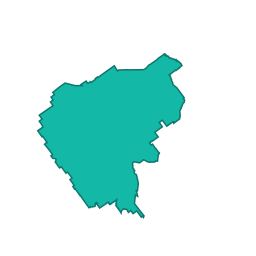 Quilpie, Queensland, Australia (Robinson projection), rotated 138°
{"feature_id": "25037944B55337411871300", "entity_name": "Quilpie", "entity_type": "district", "adm_level": 2, "iso_a3": "AUS", "parent_name": "Australia", "parent_adm1": "Queensland", "projection": "robinson", "projection_center": [143.431, -26.15], "detail": "fine", "context": "isolated", "style": "filled", "palette": "teal", "viewbox_px": 256, "rotation_deg": 138, "n_neighbors": 0, "source": "geoboundaries", "source_scale": "gbopen_adm2", "svg_char_len": 5110}
<svg xmlns="http://www.w3.org/2000/svg" viewBox="0 0 256 256"><g transform="rotate(138 128 128)"><path d="M51.0,158.5L58.5,159.5L61.0,159.4L69.6,160.5L70.0,160.8L74.4,160.4L77.1,160.7L88.9,171.0L89.0,171.3L92.4,174.2L96.1,177.3L97.5,177.4L97.3,179.6L96.5,183.4L109.3,184.9L116.5,185.6L116.4,186.3L119.3,186.6L119.6,185.9L125.0,186.6L124.9,187.6L128.0,188.0L127.7,190.9L133.9,191.8L133.8,190.3L138.9,194.8L144.7,203.5L151.5,204.3L160.1,204.8L160.4,202.0L164.5,202.5L164.6,202.3L164.6,202.1L165.0,198.9L168.2,199.3L168.6,196.4L168.6,196.1L168.8,194.8L180.5,196.3L181.0,196.2L181.2,196.4L185.4,196.9L185.8,193.6L186.0,192.1L189.4,192.5L189.8,188.9L190.5,185.6L196.9,186.4L197.8,179.0L197.0,178.9L197.5,173.9L197.6,173.6L197.8,171.4L198.9,171.5L199.3,171.8L199.7,171.6L200.9,171.8L201.0,169.4L201.2,166.2L201.2,165.8L201.2,165.6L201.9,158.7L203.9,158.9L204.0,158.0L204.1,157.9L204.0,157.6L204.2,156.4L204.3,156.2L204.0,155.3L203.4,155.1L202.7,154.1L202.5,153.5L202.5,153.1L202.4,152.9L203.8,151.8L204.8,151.5L205.6,144.1L203.5,143.8L204.4,135.9L204.1,135.9L203.9,135.9L202.4,135.8L203.1,128.2L205.6,128.5L206.4,121.3L208.1,121.5L208.6,118.3L207.9,118.2L208.9,109.7L208.6,109.7L209.2,105.4L210.2,95.9L210.3,95.3L210.4,95.2L210.4,94.9L209.8,94.7L209.5,94.3L208.8,94.2L208.0,94.5L207.5,93.3L205.9,92.4L205.7,92.2L204.4,92.0L204.0,92.7L203.1,92.9L202.8,93.9L201.1,93.6L201.2,92.2L202.0,92.3L202.6,87.5L195.5,86.5L195.1,86.3L194.4,86.5L192.4,86.2L192.6,85.8L192.6,85.6L192.8,85.2L192.8,84.7L192.2,84.2L192.7,83.9L192.8,83.7L192.8,83.3L191.6,83.1L191.1,83.1L190.9,82.9L190.8,83.0L190.3,82.9L190.1,83.0L189.4,82.9L189.2,82.9L189.0,83.0L188.6,82.6L187.9,82.6L187.7,82.5L187.2,82.5L186.9,82.4L186.8,82.5L185.6,82.4L185.0,82.2L184.9,82.4L184.4,82.4L187.1,80.1L187.5,79.9L187.5,79.2L187.8,79.0L188.3,78.9L188.4,78.7L188.8,78.7L189.2,75.6L189.2,75.2L189.3,74.3L189.2,74.3L189.3,74.1L189.5,72.3L190.0,69.5L189.9,69.6L189.8,69.8L189.5,69.9L189.1,70.2L188.7,70.5L188.4,70.8L187.6,70.9L186.4,70.8L186.0,71.1L185.7,71.1L185.4,70.6L185.3,70.4L185.1,70.2L184.7,70.2L184.1,69.1L183.5,68.7L183.4,68.4L183.9,66.4L184.0,65.9L183.8,65.4L184.1,65.0L181.2,64.7L181.6,61.0L177.0,60.5L177.8,52.9L176.2,52.7L176.4,51.2L174.9,51.9L173.8,67.5L167.4,73.2L166.5,70.8L163.8,75.9L163.0,75.0L157.4,79.9L156.1,82.2L155.7,82.7L153.1,87.5L153.0,88.1L153.3,88.4L153.6,89.3L153.3,90.2L152.8,91.3L151.5,91.8L151.5,92.1L151.7,92.9L151.5,93.4L151.1,93.6L151.2,94.8L150.9,95.1L150.8,95.3L150.9,95.5L150.4,95.9L150.2,96.4L149.9,96.5L149.4,96.9L149.3,97.7L148.1,98.6L147.9,98.8L147.7,98.9L146.8,99.0L146.3,98.9L146.2,99.0L142.8,94.4L138.4,93.9L138.4,94.1L137.6,94.0L136.0,89.6L135.3,88.7L134.5,87.7L133.3,87.2L133.1,87.0L133.1,86.7L132.2,86.0L132.0,85.7L131.6,85.6L131.4,85.3L130.8,85.1L130.6,84.8L130.3,84.7L129.8,85.1L129.6,85.1L129.4,85.0L129.3,84.7L129.1,84.6L128.3,83.6L123.1,88.1L121.7,88.0L121.5,88.3L121.4,88.8L121.6,88.9L121.2,93.7L121.0,94.0L121.1,94.3L121.2,94.5L120.6,99.6L122.2,99.7L122.0,102.5L119.6,102.2L119.6,102.4L118.8,102.0L118.5,102.0L118.3,101.8L114.4,101.5L111.5,101.1L111.0,106.9L101.6,105.9L101.1,111.2L97.3,110.8L98.0,103.4L90.4,102.5L90.0,102.1L90.3,102.1L90.6,102.0L90.8,101.1L90.9,100.9L83.5,100.2L83.2,100.5L82.8,100.8L82.7,101.0L82.4,101.1L82.1,101.4L81.9,101.8L81.7,101.8L81.0,102.1L80.5,102.9L80.0,103.4L79.9,103.8L79.6,104.0L79.1,104.8L78.8,105.0L78.5,105.6L78.3,105.8L77.9,106.1L77.2,106.4L77.0,106.6L76.4,106.9L75.7,107.0L75.4,106.9L74.7,107.6L74.0,107.9L73.8,108.2L73.6,108.2L73.2,108.1L72.7,108.4L72.0,108.9L71.5,109.0L71.1,109.3L70.9,109.3L70.5,109.5L69.9,109.5L69.6,109.4L68.9,109.5L68.3,110.1L67.8,110.5L67.3,110.7L67.0,113.0L66.0,112.9L64.8,125.0L65.6,130.3L65.5,130.5L65.4,130.6L65.3,130.8L65.1,131.1L64.9,131.3L64.7,131.5L64.4,131.9L64.4,132.2L64.2,132.7L64.2,132.9L64.0,133.5L64.0,133.8L63.8,134.2L63.7,134.4L63.6,134.6L63.4,134.7L63.5,134.9L63.3,135.3L63.4,135.5L63.2,135.8L62.9,136.0L62.7,136.3L62.7,136.5L62.5,137.1L62.1,137.8L62.1,138.7L61.8,140.0L61.1,139.5L61.1,139.8L53.8,139.1L53.8,138.6L49.7,138.2L49.7,138.6L46.2,138.2L46.1,138.7L45.7,139.7L45.6,140.1L45.6,140.3L45.7,140.5L45.7,141.0L45.8,141.1L45.8,141.4L45.9,141.6L45.9,141.8L45.7,142.0L45.7,142.3L45.8,142.4L45.9,142.6L46.1,142.8L46.1,143.1L46.1,143.3L45.9,143.3L46.0,143.7L46.0,143.8L46.0,144.0L46.3,144.2L46.3,144.5L46.2,144.5L46.3,144.8L46.4,145.0L46.5,145.0L46.5,145.3L46.7,145.2L46.7,145.3L46.8,145.3L46.7,145.5L46.9,145.4L47.0,145.7L47.0,145.8L46.9,146.0L47.1,146.1L47.1,146.3L47.2,146.2L47.2,146.4L47.1,146.6L47.3,146.7L47.3,146.9L47.1,147.0L47.4,147.4L47.3,147.6L47.7,148.3L47.8,148.3L48.0,148.3L48.0,148.7L48.5,149.2L48.6,149.7L48.7,149.8L48.8,149.8L48.8,150.1L49.1,150.5L49.2,151.0L49.4,151.0L49.4,151.3L49.7,151.5L49.8,152.0L50.0,152.2L50.1,152.3L50.1,152.2L50.2,152.3L50.4,152.5L50.3,153.1L50.2,153.2L50.2,153.6L50.2,153.9L50.0,154.1L50.3,154.3L50.6,154.7L50.4,154.9L50.6,155.3L50.6,155.5L50.8,156.0L51.0,155.8L51.5,155.8L51.5,156.3L51.2,156.8L51.5,157.0L51.2,157.3L51.5,157.8L51.2,157.8L51.3,158.0L51.2,158.2L51.2,158.3L51.1,158.2L50.9,158.2L50.9,158.4L51.0,158.5L51.0,158.5Z" fill="#14b8a6" stroke="#0f766e" stroke-width="1.5"/></g></svg>